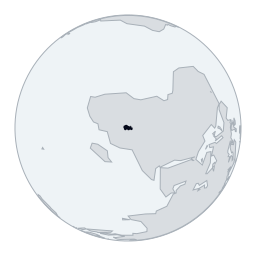 Luapula on an orthographic globe, rotated 109°
{"feature_id": "ZMB-514", "entity_name": "Luapula", "entity_type": "Province", "adm_level": 1, "iso_a3": "ZMB", "parent_name": "Zambia", "parent_adm1": "", "projection": "orthographic", "projection_center": [29.278, -10.414], "detail": "coarse", "context": "on_globe", "style": "filled", "palette": "ink", "viewbox_px": 256, "rotation_deg": 109, "n_neighbors": 0, "source": "natural_earth", "source_scale": "10m", "svg_char_len": 5780}
<svg xmlns="http://www.w3.org/2000/svg" viewBox="0 0 256 256"><g transform="rotate(109 128 128)"><circle cx="128" cy="128" r="113" fill="#eef3f6" stroke="#a8b0b8"/><path d="M16.4,112.8L16.2,115.2L17.2,116.6L17.4,120.8L17.1,124.0L17.9,124.2L17.9,126.1L22.8,126.4L26.8,129.8L27.7,136.6L26.3,145.6L29.7,163.0L28.5,170.4L31.3,177.5L35.7,188.6L34.6,189.1L38.1,193.4L40.1,196.9L40.3,197.9L43.1,201.3L43.3,202.0L45.1,203.7L49.6,208.7L53.1,211.7L57.5,215.7L59.8,217.3L59.9,217.5L61.1,218.5L62.6,219.6L61.3,218.8L55.0,213.8L49.1,208.3L43.5,202.5L38.4,196.3L33.8,189.7L29.6,182.8L25.9,175.6L22.8,168.2L20.2,160.6L18.1,152.8L16.6,144.9L15.7,136.9L15.4,128.9L15.6,120.8L16.4,112.8ZM64.9,220.9L62.0,219.3L63.0,219.9L60.3,217.8L63.1,219.3L64.9,220.9ZM58.4,215.2L57.3,213.7L58.1,214.1L59.0,215.2L58.4,215.2ZM231.7,84.1L231.7,84.8L232.4,86.6L230.8,83.5L231.1,86.1L235.9,98.9L236.6,102.1L236.0,106.5L235.6,104.0L231.5,95.8L232.4,103.3L235.6,111.6L236.7,120.2L235.1,116.4L233.7,108.9L232.2,105.8L231.4,99.0L227.8,88.4L226.0,89.1L225.0,85.2L219.8,76.4L216.6,77.3L212.2,85.3L213.6,95.4L211.2,99.2L203.6,83.5L200.0,73.9L197.3,74.2L189.4,65.8L175.8,63.7L173.8,61.3L171.3,62.1L165.7,59.6L162.6,55.9L159.3,55.9L167.4,65.7L171.0,65.8L173.9,62.5L175.5,66.1L180.9,69.7L175.2,77.7L155.0,84.5L152.9,77.1L137.3,58.0L137.7,56.0L137.6,55.8L137.4,55.4L136.1,58.6L133.4,55.2L141.8,67.8L143.2,73.5L154.7,84.9L153.6,86.1L157.3,88.6L169.0,86.4L169.1,89.0L163.6,100.6L147.3,117.0L149.5,129.1L148.3,139.5L138.2,146.4L139.1,154.8L133.8,157.8L133.5,162.6L129.3,167.9L122.3,173.0L110.4,173.6L109.6,169.1L103.6,160.9L95.3,141.2L98.3,131.9L97.2,125.1L88.6,111.1L90.5,102.9L88.2,99.8L83.4,101.1L80.8,97.5L77.9,97.8L60.0,103.4L54.7,99.5L48.5,86.4L51.7,80.0L52.5,73.6L75.3,49.8L80.0,50.0L97.7,45.6L99.9,46.0L97.6,50.4L110.8,54.9L115.3,51.0L127.4,53.7L135.6,53.6L138.8,45.7L125.4,45.5L123.3,41.9L134.2,38.8L145.9,39.6L145.5,38.3L138.2,35.1L141.1,33.0L135.7,33.9L137.8,35.2L134.5,36.0L132.4,34.9L133.5,34.1L130.0,33.5L125.7,38.1L127.3,39.9L118.0,41.0L119.9,44.3L117.3,46.0L113.3,41.1L113.8,39.3L106.2,35.0L104.8,36.9L111.9,41.3L109.6,41.0L107.8,44.2L107.3,41.6L99.9,36.9L91.7,39.0L80.9,47.9L76.1,49.4L72.3,48.7L76.5,40.8L86.7,38.4L88.3,36.1L86.6,33.6L89.8,33.3L90.3,32.2L94.2,31.4L99.9,28.3L103.8,27.6L106.3,24.6L108.7,24.0L106.6,25.9L107.2,27.0L117.1,26.2L119.0,25.5L119.9,23.8L122.5,24.0L122.0,22.5L127.8,21.9L120.4,21.5L121.2,20.0L124.8,19.0L123.7,18.5L117.8,20.4L116.6,21.2L117.8,22.0L113.4,25.0L110.0,25.7L109.4,22.8L104.5,23.7L106.2,21.5L121.2,17.1L127.3,16.6L136.8,18.0L135.3,18.6L131.0,18.2L134.7,19.7L134.5,19.0L136.7,19.4L138.0,18.5L139.6,18.7L138.1,17.7L140.2,17.9L141.1,18.6L144.8,18.0L149.3,18.6L149.3,18.4L148.1,18.0L154.6,19.3L154.3,19.1L152.1,18.6L150.2,18.0L149.4,17.5L151.7,18.0L152.3,18.2L157.0,19.6L158.3,20.5L159.1,20.7L158.5,20.1L152.8,18.3L151.7,17.9L154.6,18.7L153.5,18.4L155.9,18.9L152.7,18.1L160.7,20.2L168.5,22.9L176.0,26.1L183.3,29.9L190.3,34.2L197.0,39.0L203.3,44.3L209.2,50.0L214.7,56.1L219.7,62.6L224.3,69.5L228.3,76.7L231.7,84.1ZM67.3,60.5L66.7,62.3L67.3,60.5ZM158.4,45.3L165.4,46.3L162.1,41.4L164.6,41.5L162.6,39.9L161.9,41.1L157.0,37.0L159.9,36.2L159.0,34.4L156.6,34.0L152.0,36.4L159.0,41.9L157.4,43.6L158.4,45.3ZM89.4,27.8L90.6,28.1L89.0,29.4L83.9,31.2L86.2,29.2L89.4,27.8ZM92.7,28.3L93.5,25.4L96.7,24.4L94.8,25.4L96.8,25.1L94.2,26.6L96.4,28.9L95.1,30.3L86.6,32.3L90.1,30.7L88.7,30.4L92.7,28.3ZM90.1,22.6L90.6,22.1L96.9,20.6L95.8,21.2L90.7,22.8L89.0,23.0L90.1,22.6ZM105.2,17.7L103.9,18.0L105.2,17.7ZM102.0,18.4L101.0,18.7L100.3,18.8L99.0,19.2L98.7,19.2L96.5,19.9L98.0,19.5L88.8,22.4L102.0,18.4ZM102.5,44.3L104.2,44.3L107.0,43.9L105.9,46.1L102.5,44.3ZM97.3,41.0L98.9,40.6L98.7,43.1L96.9,43.3L97.3,41.0ZM100.0,38.4L99.0,40.4L98.5,39.4L100.0,38.4ZM108.0,25.5L109.7,25.2L109.8,25.6L108.8,26.3L108.0,25.5ZM124.6,15.4L125.1,15.4L122.6,15.6L121.4,15.6L122.0,15.6L121.6,15.5L124.6,15.4ZM136.5,46.9L134.0,48.4L132.8,47.7L133.9,47.3L136.5,46.9ZM119.1,46.9L123.0,47.8L118.8,47.5L119.1,46.9ZM125.1,15.5L124.6,15.4L126.1,15.4L125.1,15.5ZM175.5,200.8L175.8,202.6L174.2,202.4L175.5,200.8ZM167.3,138.8L159.3,157.1L154.0,157.0L153.2,151.3L156.3,140.1L162.5,137.2L165.5,132.4L167.3,138.8ZM239.1,146.3L238.9,147.7L238.8,148.2L239.1,146.3ZM239.3,143.5L239.3,144.7L239.1,144.5L239.3,143.5ZM239.3,145.4L239.3,145.2L239.3,145.4ZM239.2,142.9L237.6,139.1L236.6,136.4L237.1,134.7L238.7,137.5L239.2,142.9ZM237.0,134.6L235.1,127.2L230.4,109.2L232.2,110.3L236.6,122.4L236.4,123.8L237.5,129.3L237.0,134.6ZM240.3,118.9L240.4,121.1L240.6,126.2L240.5,129.9L240.2,134.6L239.5,132.2L239.1,130.5L238.8,123.5L239.0,120.7L239.5,121.6L239.7,113.9L240.0,115.7L240.3,118.9ZM214.1,96.4L216.6,103.1L215.2,103.8L214.1,96.4ZM239.3,110.5L239.4,111.1L239.2,110.2L239.3,110.5ZM233.4,89.5L233.0,89.3L232.4,87.7L232.6,87.1L233.4,89.5ZM144.8,16.6L142.9,16.5L143.0,16.9L145.6,17.5L141.1,16.8L140.9,16.3L144.8,16.6ZM221.7,190.5L220.2,191.3L220.9,189.0L223.1,186.0L228.6,174.9L228.6,175.5L231.6,168.5L234.0,165.8L235.1,162.9L231.5,172.5L227.0,181.7L221.7,190.5ZM240.1,139.0L240.1,138.4L240.5,133.2L240.6,129.8L240.1,139.0Z" fill="#d9dde1" stroke="#a8b0b8" stroke-width="1"/><path d="M126.9,126.8L126.5,125.9L126.2,125.8L126.7,125.4L127.3,124.8L127.3,124.4L127.2,124.2L128.6,124.0L128.2,124.3L127.9,125.0L127.7,125.4L128.1,125.6L128.2,126.3L128.5,126.5L129.0,126.6L129.2,126.9L129.3,127.3L129.1,127.6L128.8,127.6L128.3,127.9L128.2,128.4L127.8,128.6L127.8,128.9L127.6,129.1L128.2,129.4L128.1,129.0L128.7,128.6L129.0,128.8L129.2,129.1L129.1,129.9L129.3,129.6L129.6,129.6L130.3,130.1L130.3,130.3L129.9,130.8L129.0,130.9L129.0,131.4L128.4,131.6L128.3,131.8L128.5,131.9L128.4,132.0L128.0,131.8L127.5,131.9L127.0,131.1L126.5,130.9L126.2,130.2L126.6,128.8L126.9,128.5L126.6,127.6L126.9,126.8Z" fill="#0f172a" stroke="#020617" stroke-width="1.5"/></g></svg>